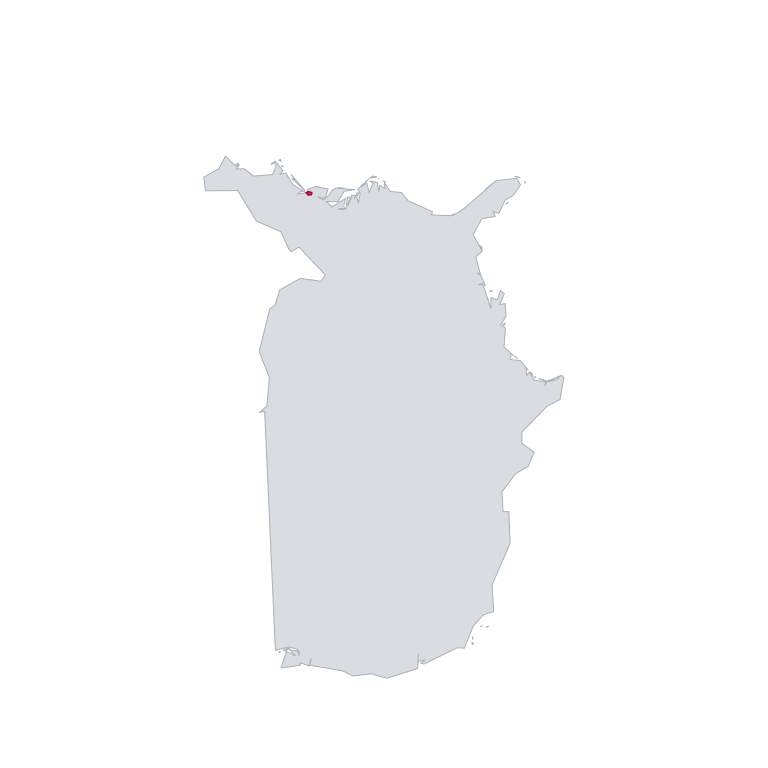 Middlesex, New Jersey, United States of America shown in context, rotated 245°
{"feature_id": "52423323B55507665446718", "entity_name": "Middlesex", "entity_type": "district", "adm_level": 2, "iso_a3": "USA", "parent_name": "United States of America", "parent_adm1": "New Jersey", "projection": "albers", "projection_center": [-74.38, 40.43], "detail": "fine", "context": "in_parent", "style": "filled", "palette": "rose", "viewbox_px": 768, "rotation_deg": 245, "n_neighbors": 0, "source": "geoboundaries", "source_scale": "gbopen_adm2", "svg_char_len": 4414}
<svg xmlns="http://www.w3.org/2000/svg" viewBox="0 0 768 768"><g transform="rotate(245 384 384)"><path d="M585.6,337.2L621.2,333.1L634.5,303.9L647.6,308.0L649.0,325.5L657.4,336.6L644.1,341.8L643.6,345.1L641.2,341.2L638.1,348.3L627.6,353.7L620.9,371.5L627.3,378.7L631.4,377.7L630.2,374.4L631.5,375.9L632.0,379.6L620.2,382.5L617.9,378.6L616.7,384.1L603.0,385.7L592.6,392.8L593.7,388.8L592.7,386.2L589.8,395.7L592.8,397.3L591.7,405.4L584.5,415.6L577.1,409.2L581.7,402.8L576.5,407.2L578.4,414.4L581.5,418.6L581.9,423.2L572.5,439.7L575.5,429.3L568.7,419.2L573.6,408.9L566.5,411.9L568.5,427.4L561.8,422.5L559.4,422.9L561.8,418.2L561.7,416.7L559.2,420.4L559.0,423.7L569.2,429.9L566.8,432.6L562.3,427.1L560.6,426.1L566.2,432.8L568.7,434.1L567.1,438.0L564.0,434.9L568.8,440.9L567.5,441.7L565.2,438.6L558.8,437.0L566.6,442.9L571.7,442.8L576.4,457.1L572.2,446.1L573.4,453.3L563.8,451.5L570.5,458.7L574.0,456.8L569.5,463.1L560.3,460.6L565.8,464.1L560.8,467.2L566.5,469.7L556.0,470.8L550.0,480.9L539.9,483.3L519.6,500.7L517.2,498.5L508.6,515.0L507.6,519.1L509.6,532.3L520.9,571.5L514.4,591.2L506.7,591.8L500.2,580.5L499.6,571.5L490.0,560.2L494.1,555.9L488.9,555.6L492.4,542.5L481.7,528.0L462.8,529.0L460.5,520.9L442.5,517.7L445.2,515.1L441.6,517.6L433.2,517.7L434.0,511.8L432.0,515.8L407.0,512.7L417.0,517.5L412.4,522.3L419.5,529.0L414.9,531.1L407.2,522.4L405.6,527.8L393.8,523.2L388.3,514.9L383.4,517.6L366.7,508.4L354.7,513.6L357.8,512.1L352.7,508.9L347.6,517.4L335.3,520.7L338.3,519.5L331.4,516.8L333.1,520.5L323.7,522.2L317.8,531.5L314.4,528.9L317.0,532.5L315.1,541.9L317.0,548.4L313.9,549.7L295.6,537.0L294.9,522.2L282.2,488.8L272.1,483.9L258.5,491.1L248.4,479.8L247.2,465.6L236.3,445.2L217.9,437.9L215.6,443.2L186.2,430.9L156.4,397.2L131.5,387.2L132.8,376.7L127.3,363.0L110.6,345.2L114.0,339.0L113.3,302.0L115.5,299.4L116.7,305.0L118.1,297.8L125.4,301.4L111.9,294.3L116.2,262.1L126.7,250.1L132.4,232.7L141.7,225.0L160.5,197.9L166.0,202.3L160.3,196.8L166.8,190.4L164.5,189.1L170.1,170.8L182.8,182.4L175.0,189.1L183.2,186.0L178.7,192.7L174.2,192.3L176.5,194.2L180.9,192.9L186.1,186.3L188.5,173.0L409.7,264.3L410.9,259.5L413.5,268.5L438.3,282.9L466.1,284.6L500.4,312.3L501.3,318.4L513.4,329.2L515.1,352.7L503.7,370.4L507.6,376.9L544.0,364.8L543.2,356.0L546.3,354.7L565.6,354.8L585.6,337.2ZM607.2,389.5L613.1,388.4L592.2,394.2L609.4,387.3L607.2,389.5ZM185.6,180.4L184.9,186.0L184.4,186.6L183.7,181.6L185.6,180.4ZM317.1,546.7L316.5,537.9L318.0,533.3L317.1,538.3L317.1,546.7ZM645.6,342.4L645.6,345.1L644.7,344.6L645.6,342.4ZM388.0,517.4L388.1,519.5L386.4,517.5L388.0,517.4ZM114.5,356.7L117.3,357.0L117.4,357.4L114.5,356.7ZM112.4,354.6L110.8,355.3L110.6,353.8L112.4,354.6ZM625.6,382.7L624.0,384.5L623.6,384.1L625.6,382.7ZM320.7,529.4L318.1,532.7L323.7,526.5L320.7,529.4ZM517.7,558.7L519.8,566.4L517.2,557.9L517.7,558.7ZM123.4,368.9L123.5,371.3L123.2,369.0L123.4,368.9ZM515.5,592.4L513.0,594.6L517.2,589.9L515.5,592.4ZM577.1,462.0L574.6,464.9L576.7,457.8L577.1,462.0ZM185.8,175.6L185.1,176.9L184.6,175.7L185.8,175.6ZM332.8,522.0L328.5,522.7L333.0,521.5L332.8,522.0ZM631.3,383.3L631.2,385.2L629.4,384.8L631.3,383.3ZM120.6,374.0L120.2,376.6L120.2,374.0L120.6,374.0ZM327.1,523.9L325.3,524.4L327.1,523.3L327.1,523.9ZM580.9,426.4L578.4,430.4L581.3,424.8L580.9,426.4ZM353.1,514.9L350.2,515.8L354.5,514.1L353.1,514.9ZM508.9,517.0L508.1,520.1L508.1,517.9L508.9,517.0ZM567.4,470.2L566.5,470.8L569.0,468.5L567.4,470.2ZM469.5,529.2L466.2,530.4L465.0,529.9L469.5,529.2ZM432.1,517.0L431.4,517.5L429.7,517.1L432.1,517.0ZM496.1,571.5L496.3,573.7L495.6,571.0L496.1,571.5ZM423.4,520.1L422.6,522.0L423.0,518.4L423.4,520.1ZM507.8,597.1L505.9,597.2L508.5,596.8L507.8,597.1ZM591.2,406.8L590.0,408.7L591.4,405.9L591.2,406.8ZM572.8,465.5L571.7,466.2L572.8,465.5Z" fill="#d9dde1" stroke="#a8b0b8" stroke-width="1"/><path d="M587.6,399.3L587.9,399.3L588.6,398.9L589.0,398.3L589.2,398.1L589.6,397.7L590.0,397.3L590.0,397.2L590.3,396.7L590.2,396.7L589.9,396.5L589.8,396.4L589.8,396.2L590.0,395.8L590.0,395.7L590.1,395.3L590.3,395.3L590.4,395.1L590.4,394.8L590.3,394.7L589.6,394.9L589.4,394.7L589.5,394.6L589.1,394.7L588.9,394.7L588.1,394.8L587.9,394.8L587.6,394.9L587.4,395.0L587.2,395.3L587.3,395.3L587.3,395.5L587.9,396.1L587.6,396.4L587.5,396.5L587.2,396.8L586.7,397.1L586.6,397.4L586.3,397.7L586.3,397.8L586.2,398.0L586.3,398.3L586.5,398.4L586.8,398.7L587.1,398.8L587.7,399.0L587.6,399.3Z" fill="#f43f5e" stroke="#9f1239" stroke-width="1.5"/></g></svg>